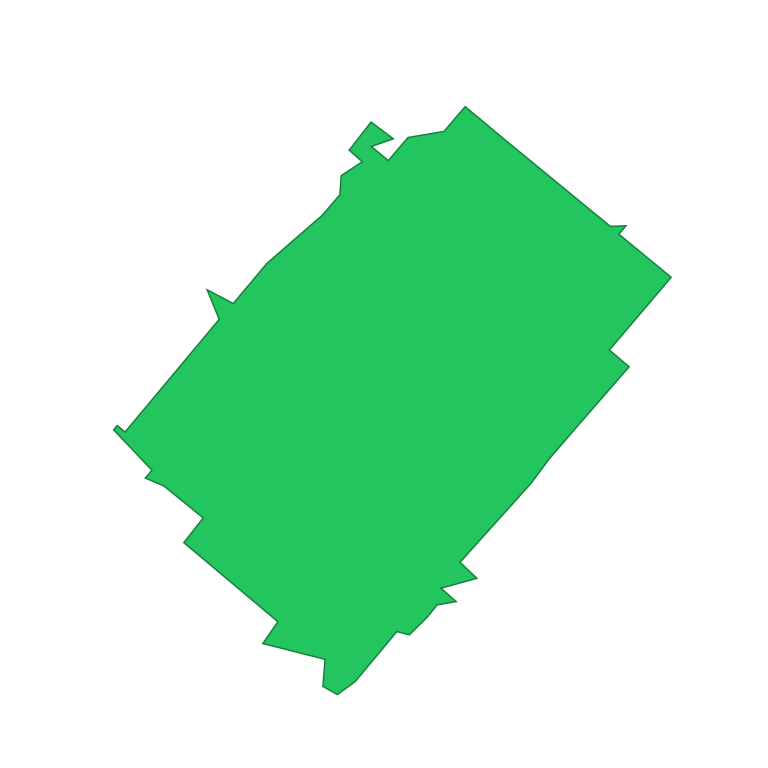 Gordon, Georgia, United States of America, rotated 310°
{"feature_id": "52423323B80353605077472", "entity_name": "Gordon", "entity_type": "district", "adm_level": 2, "iso_a3": "USA", "parent_name": "United States of America", "parent_adm1": "Georgia", "projection": "equal_earth", "projection_center": [-84.883, 34.509], "detail": "fine", "context": "isolated", "style": "filled", "palette": "green", "viewbox_px": 768, "rotation_deg": 310, "n_neighbors": 0, "source": "geoboundaries", "source_scale": "gbopen_adm2", "svg_char_len": 759}
<svg xmlns="http://www.w3.org/2000/svg" viewBox="0 0 768 768"><g transform="rotate(310 384 384)"><path d="M650.3,535.4L649.7,467.6L660.7,467.6L650.2,456.0L648.8,321.5L648.6,267.9L616.1,267.6L588.2,243.9L557.9,243.7L557.8,221.6L577.8,233.5L576.3,205.7L540.7,207.0L540.3,224.5L516.1,217.3L500.7,228.5L474.0,228.3L401.1,216.8L348.7,216.8L342.5,188.0L327.6,216.2L180.7,216.5L180.7,206.3L175.1,206.4L168.8,261.6L158.5,261.6L164.4,280.9L165.2,331.6L133.8,332.6L133.7,455.5L107.3,458.0L135.2,515.9L113.1,531.5L116.1,547.9L137.5,553.2L202.6,553.0L208.1,564.6L233.3,567.0L249.0,566.7L263.7,579.1L264.2,558.9L294.8,580.0L296.3,556.8L402.4,560.5L432.9,558.7L477.9,559.3L554.7,560.7L554.9,534.8L650.3,535.4Z" fill="#22c55e" stroke="#15803d" stroke-width="1.5"/></g></svg>